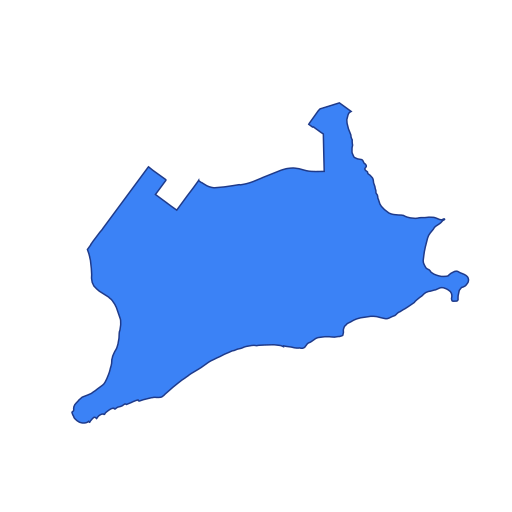 South Perth, Western Australia, Australia (Albers equal-area conic projection), rotated 261°
{"feature_id": "25037944B33468423524116", "entity_name": "South Perth", "entity_type": "district", "adm_level": 2, "iso_a3": "AUS", "parent_name": "Australia", "parent_adm1": "Western Australia", "projection": "albers", "projection_center": [115.863, -31.999], "detail": "fine", "context": "isolated", "style": "filled", "palette": "blue", "viewbox_px": 512, "rotation_deg": 261, "n_neighbors": 0, "source": "geoboundaries", "source_scale": "gbopen_adm2", "svg_char_len": 6066}
<svg xmlns="http://www.w3.org/2000/svg" viewBox="0 0 512 512"><g transform="rotate(261 256 256)"><path d="M389.6,340.1L378.6,329.3L377.8,328.7L374.5,332.0L374.5,333.1L374.2,333.2L367.7,339.7L366.0,341.6L350.6,339.5L328.9,336.6L330.1,328.1L330.9,324.0L331.5,321.6L332.3,319.3L333.2,317.2L335.5,312.1L336.6,308.5L337.1,306.6L337.4,303.5L337.5,301.2L337.5,299.5L337.1,296.0L336.8,294.1L332.5,275.1L332.0,273.3L330.0,265.0L329.3,261.2L328.9,257.7L328.8,255.7L328.7,251.7L329.1,250.6L329.1,243.2L329.2,235.5L329.9,225.3L330.7,222.9L331.8,220.5L333.1,218.4L336.0,215.0L337.0,213.9L337.1,213.5L337.4,213.1L339.3,211.3L339.8,211.3L338.9,210.5L333.0,204.6L326.1,197.4L313.7,184.9L318.0,180.5L332.5,166.3L344.8,178.8L345.4,178.9L345.9,178.5L356.8,167.5L360.9,163.8L360.5,163.3L307.5,109.4L306.2,108.2L304.0,105.6L296.4,97.7L293.2,94.6L292.9,94.6L288.8,90.5L284.4,91.3L281.2,91.6L280.5,91.6L277.6,91.8L269.3,91.4L263.3,90.8L259.9,90.1L255.6,90.1L251.7,91.2L248.3,93.6L245.8,95.7L238.5,104.0L237.5,104.7L236.6,105.5L235.7,106.3L234.2,107.2L233.1,107.7L230.1,109.1L228.9,109.4L227.8,109.8L226.7,110.1L214.8,112.2L213.4,112.2L209.8,111.7L208.9,111.5L204.3,110.1L203.8,109.9L202.5,109.2L201.0,108.8L196.2,107.8L191.9,106.3L191.1,106.1L189.2,105.2L187.0,104.1L185.7,103.2L183.8,101.6L182.2,100.5L179.4,98.7L178.7,98.5L176.2,97.4L172.5,96.6L170.4,95.8L167.9,94.6L166.4,94.0L164.2,93.0L161.5,91.5L160.4,90.8L158.2,89.5L155.0,87.2L153.5,85.8L152.4,84.2L149.4,78.4L148.2,76.3L147.0,73.7L146.0,71.8L145.0,67.9L144.0,63.2L143.7,62.1L143.5,61.8L141.3,58.3L140.9,58.0L138.9,55.4L137.5,53.8L135.7,52.6L133.8,52.0L133.1,52.0L132.3,51.8L131.7,51.5L131.4,51.2L130.7,50.0L130.5,49.8L129.8,49.8L127.6,50.2L126.8,50.6L126.5,50.6L126.1,50.8L124.8,51.0L123.7,51.6L121.4,53.4L119.7,55.3L119.2,56.1L118.5,57.7L118.2,58.6L117.9,60.4L117.9,62.1L118.2,63.4L118.7,64.4L118.9,64.8L117.9,65.4L117.8,65.7L119.1,66.8L121.1,69.2L122.0,70.7L122.0,71.2L121.8,71.8L121.0,72.7L120.4,73.1L120.6,73.4L121.8,74.5L122.9,75.9L123.7,77.9L123.9,78.7L123.9,79.7L123.9,80.3L123.8,80.6L123.4,80.9L123.3,81.4L123.3,81.6L123.6,81.9L124.5,82.6L125.3,83.8L126.6,86.2L127.4,88.0L127.8,89.1L128.0,90.5L128.0,91.4L127.9,91.9L127.7,92.0L127.4,92.0L127.1,92.3L126.9,92.8L127.0,93.0L128.0,94.9L128.2,95.4L128.4,96.3L128.6,98.9L128.8,99.5L129.1,100.8L129.7,101.7L130.4,103.4L130.3,103.8L129.7,104.7L129.6,104.9L129.7,105.1L130.7,109.5L131.4,111.9L132.1,115.0L132.3,116.7L132.3,117.0L131.5,117.2L131.4,117.3L131.2,117.5L131.0,118.2L131.7,122.3L132.4,130.5L132.3,131.9L132.4,132.7L132.3,133.5L132.3,133.8L132.2,134.4L131.9,135.4L131.5,137.8L131.4,139.9L131.6,141.0L132.7,143.1L133.8,144.6L139.5,153.6L142.6,159.0L145.0,163.3L146.6,166.8L147.1,167.7L148.2,170.0L149.0,171.4L149.4,172.2L150.1,173.7L153.3,181.7L154.5,184.5L158.5,192.5L159.5,195.0L160.5,198.4L161.4,201.2L162.3,204.6L163.9,209.4L164.3,211.0L165.0,213.9L166.0,217.5L166.1,219.7L166.9,223.1L167.1,226.3L167.3,227.7L168.0,230.4L168.2,232.3L168.3,237.7L168.1,240.1L167.3,242.7L167.4,244.1L167.2,246.5L166.8,250.2L166.2,254.9L165.9,257.3L165.5,260.0L165.1,261.5L164.0,265.4L163.5,266.8L162.1,269.0L162.9,269.2L161.9,272.0L160.6,276.5L159.4,279.4L158.7,281.8L158.4,283.6L158.4,284.7L157.8,286.1L157.6,287.6L157.8,288.7L158.2,289.8L161.2,292.9L161.9,294.1L162.3,295.9L162.8,297.2L165.2,302.1L165.7,304.3L165.6,309.2L165.5,311.5L164.8,315.9L164.4,317.3L163.9,319.4L163.6,320.9L163.6,324.2L163.5,325.5L163.4,325.9L163.7,328.0L164.0,329.2L164.5,329.5L165.9,330.0L166.5,330.3L167.4,330.5L168.1,330.5L169.7,330.8L171.9,331.9L172.6,332.5L173.3,333.2L173.8,334.1L175.0,335.6L175.8,338.1L176.1,339.2L176.7,340.7L177.3,342.3L178.1,345.4L178.6,349.5L178.5,357.2L178.5,359.9L178.0,362.9L177.2,365.9L175.7,369.3L174.0,373.6L173.7,374.6L173.6,376.0L173.9,377.7L174.9,381.0L175.5,383.9L176.2,385.1L177.1,386.3L178.1,388.0L178.4,389.4L179.9,392.8L180.7,395.1L182.3,398.7L184.2,402.7L185.4,405.2L186.1,405.8L187.4,407.7L189.5,411.3L190.6,413.6L192.4,416.1L193.4,418.1L194.0,420.8L194.0,422.8L194.5,427.0L194.5,428.1L195.7,432.5L195.8,434.0L195.5,435.5L195.2,436.4L193.7,439.0L192.4,440.6L190.5,442.4L188.4,443.2L186.8,443.3L185.3,443.1L183.2,442.4L181.7,442.5L180.9,442.8L180.5,443.6L180.4,444.6L180.1,446.8L180.2,447.7L180.6,448.3L181.5,448.8L182.6,448.9L185.1,449.4L189.8,451.2L190.5,451.6L192.8,454.1L192.9,455.4L193.6,457.7L194.2,458.7L195.9,460.5L197.1,461.5L199.1,462.2L200.8,462.1L201.8,461.9L202.8,461.3L204.0,460.3L205.3,458.7L206.6,456.6L207.4,455.2L209.3,452.7L209.7,451.5L209.7,449.8L209.0,447.6L208.4,445.8L207.3,443.9L206.3,442.5L206.2,440.8L206.5,437.9L206.9,435.7L207.9,433.2L208.9,431.2L210.2,429.0L211.5,427.5L212.8,426.2L214.2,425.6L215.3,424.8L216.4,423.2L217.5,422.1L219.2,421.4L221.4,420.7L223.2,420.3L225.3,420.4L230.2,421.8L234.1,423.0L235.9,423.7L238.6,424.7L239.7,425.2L246.7,428.2L249.3,429.7L251.3,431.5L254.7,435.3L256.4,436.8L257.5,438.6L259.2,442.4L260.1,443.9L261.8,446.0L262.3,447.5L262.8,448.0L263.3,447.6L263.1,446.5L262.8,445.8L262.7,444.9L263.3,443.1L265.3,439.8L266.3,437.8L266.8,435.5L267.3,432.9L267.5,428.8L268.1,425.0L268.2,423.0L268.1,421.6L268.2,419.4L269.5,414.4L270.8,411.3L272.0,409.3L273.0,408.0L273.7,405.8L274.2,403.2L275.4,398.6L276.2,396.5L277.5,394.2L278.8,392.9L281.8,390.1L285.4,387.6L288.0,386.5L293.0,385.7L293.9,385.4L295.5,385.5L297.2,385.4L299.1,384.5L299.7,384.4L300.3,384.4L301.5,384.6L302.2,384.6L304.0,384.3L306.0,384.3L309.8,383.6L312.7,383.7L314.1,383.5L315.0,383.2L317.9,381.3L319.6,379.6L320.4,379.3L321.5,379.3L322.0,379.0L322.6,378.3L323.7,377.4L324.7,377.1L325.2,377.1L325.7,377.5L325.9,377.8L327.1,378.9L327.6,379.0L328.3,379.0L328.8,378.8L329.7,378.4L330.3,377.6L331.3,377.1L333.6,376.4L334.3,375.9L334.7,375.4L336.0,371.6L337.0,370.0L337.8,368.8L338.4,368.3L338.8,368.1L342.6,367.1L343.8,367.1L347.4,367.7L348.5,368.0L349.4,368.4L350.5,368.8L351.5,368.7L354.0,368.9L355.7,369.2L356.5,368.9L358.6,368.5L360.8,368.6L367.2,367.2L372.9,366.7L376.4,367.0L380.8,368.9L382.3,369.8L382.8,370.4L383.2,370.9L383.9,372.6L394.2,362.3L391.4,342.9L391.2,342.1L389.6,340.1Z" fill="#3b82f6" stroke="#1e3a8a" stroke-width="1.5"/></g></svg>